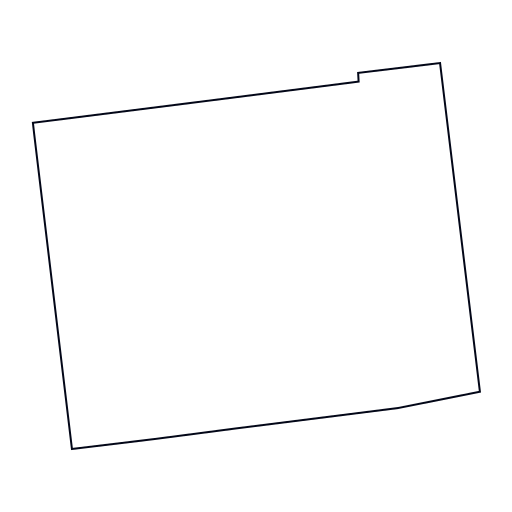 Lyon, Minnesota, United States of America (Mercator projection), rotated 83°
{"feature_id": "52423323B64870034285925", "entity_name": "Lyon", "entity_type": "district", "adm_level": 2, "iso_a3": "USA", "parent_name": "United States of America", "parent_adm1": "Minnesota", "projection": "mercator", "projection_center": [-95.88, 44.413], "detail": "fine", "context": "isolated", "style": "outline", "palette": "ink", "viewbox_px": 512, "rotation_deg": 83, "n_neighbors": 0, "source": "geoboundaries", "source_scale": "gbopen_adm2", "svg_char_len": 300}
<svg xmlns="http://www.w3.org/2000/svg" viewBox="0 0 512 512"><g transform="rotate(83 256 256)"><path d="M86.9,49.8L86.7,132.3L95.4,132.9L96.1,295.7L96.6,461.2L106.6,461.3L425.1,462.2L425.3,379.5L424.7,296.9L424.2,133.7L418.0,50.3L86.9,49.8Z" fill="none" stroke="#020617" stroke-width="2"/></g></svg>